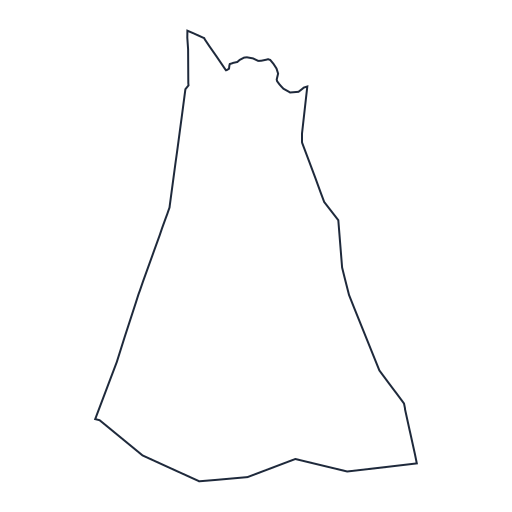 outline of Mashr'ah Wa Hadnan, Ta`izz, Yemen
{"feature_id": "15242507B63057438613217", "entity_name": "Mashr'ah Wa Hadnan", "entity_type": "district", "adm_level": 2, "iso_a3": "YEM", "parent_name": "Yemen", "parent_adm1": "Ta`izz", "projection": "orthographic", "projection_center": [43.997, 13.541], "detail": "fine", "context": "isolated", "style": "outline", "palette": "slate", "viewbox_px": 512, "rotation_deg": 0, "n_neighbors": 0, "source": "geoboundaries", "source_scale": "gbopen_adm2", "svg_char_len": 1430}
<svg xmlns="http://www.w3.org/2000/svg" viewBox="0 0 512 512"><path d="M307.3,86.5L303.8,87.6L302.3,88.9L298.5,91.8L290.1,92.5L288.8,91.7L283.4,88.7L282.2,87.4L281.6,86.8L279.4,84.3L277.1,81.2L276.7,79.5L278.1,73.6L276.5,68.5L273.3,63.6L273.0,63.3L272.1,62.2L270.2,59.9L269.4,59.7L268.1,59.2L266.3,59.7L261.5,60.7L258.9,60.9L258.2,60.9L253.0,58.4L246.9,57.3L244.1,57.6L239.7,59.9L237.3,62.0L236.3,62.2L233.1,62.9L231.9,63.4L229.8,64.0L229.4,65.4L229.0,68.7L227.1,69.9L226.0,70.3L225.6,69.8L216.7,56.7L209.5,46.4L204.8,39.4L204.2,38.1L203.4,37.8L193.0,33.1L187.4,30.7L187.3,37.7L188.1,49.3L188.3,83.1L188.5,85.4L185.4,89.2L181.6,118.0L180.3,127.6L179.1,136.6L177.7,147.1L176.9,153.0L175.5,162.9L170.1,203.0L169.8,205.2L169.7,206.1L169.5,207.6L169.0,209.0L168.0,211.8L167.3,213.9L165.8,217.9L162.2,227.8L159.7,235.2L153.5,252.3L152.3,255.7L143.1,281.2L139.8,290.8L139.0,292.9L138.4,294.6L135.6,303.4L124.7,336.9L116.8,362.0L110.5,378.6L95.2,419.1L99.6,420.2L127.4,443.0L142.5,455.4L145.1,456.6L177.7,471.5L198.2,480.8L199.1,481.3L216.1,479.9L247.5,477.1L295.3,459.0L347.2,471.5L387.0,466.9L416.8,463.4L415.0,454.5L410.3,433.2L409.5,429.7L405.0,409.2L405.0,408.4L404.0,403.5L397.5,394.7L393.1,388.9L388.3,382.5L379.4,370.5L354.2,308.0L349.0,294.9L344.7,278.0L342.1,267.5L338.3,220.2L324.2,202.0L320.6,192.4L315.4,178.1L309.7,162.9L302.2,143.0L302.0,142.2L302.0,133.6L307.3,86.5Z" fill="none" stroke="#1e293b" stroke-width="2"/></svg>